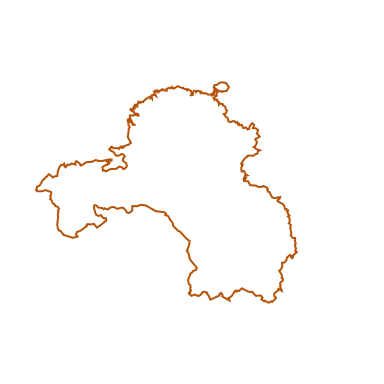 China, Albers equal-area conic projection, rotated 215°
{"feature_id": "CHN", "entity_name": "China", "entity_type": "country or territory", "adm_level": 0, "iso_a3": "CHN", "parent_name": "Asia", "parent_adm1": "", "projection": "albers", "projection_center": [106.815, 35.887], "detail": "fine", "context": "isolated", "style": "outline", "palette": "amber", "viewbox_px": 384, "rotation_deg": 215, "n_neighbors": 0, "source": "natural_earth", "source_scale": "50m", "svg_char_len": 6093}
<svg xmlns="http://www.w3.org/2000/svg" viewBox="0 0 384 384"><g transform="rotate(215 192 192)"><path d="M217.4,281.6L216.2,280.7L213.9,281.0L211.8,279.2L210.1,278.8L209.4,275.7L210.7,274.1L207.2,272.9L205.5,273.2L202.4,270.6L200.1,271.8L199.1,273.7L197.4,274.4L196.1,273.8L194.9,275.3L193.2,273.8L192.5,274.9L191.4,273.8L189.6,275.6L186.8,273.7L184.8,275.9L182.5,275.1L181.4,276.4L182.5,279.0L182.2,283.0L179.5,282.6L178.8,279.3L176.0,280.8L173.4,280.6L172.4,277.2L168.3,276.2L170.5,271.5L167.1,269.9L166.4,265.5L167.3,264.3L163.9,264.1L160.3,265.0L161.3,263.2L160.5,260.7L161.8,259.3L162.4,257.1L167.2,253.8L166.8,252.5L167.5,251.9L168.1,248.8L168.0,243.5L167.0,242.9L166.2,243.5L165.4,239.9L163.4,237.5L162.7,237.4L161.5,239.0L157.9,237.2L156.2,237.3L157.9,235.4L157.4,233.5L155.8,234.2L155.8,233.2L157.1,232.3L155.6,230.9L152.0,233.0L148.3,230.9L143.4,233.9L140.7,234.1L137.1,236.9L137.1,237.8L133.3,238.6L131.6,238.1L131.8,237.1L130.0,235.9L128.6,236.4L123.1,233.5L120.7,234.5L116.9,238.4L116.4,237.0L117.2,234.2L116.4,233.5L110.9,234.2L108.5,233.6L106.1,231.4L104.8,232.3L103.6,230.9L102.7,231.9L101.5,229.4L98.7,228.6L99.3,227.0L97.4,226.7L95.0,224.0L94.8,222.0L92.1,221.6L90.6,218.6L86.6,214.8L86.1,213.0L83.0,212.2L81.1,213.5L79.5,210.8L77.4,209.2L77.5,207.8L74.3,205.2L73.5,202.8L71.6,202.9L72.6,199.1L71.9,195.3L73.5,195.3L74.2,197.0L75.8,196.5L76.6,192.5L75.5,190.1L76.0,187.0L77.7,185.6L75.1,182.6L74.9,178.8L75.4,177.5L71.2,175.7L69.4,174.1L69.3,173.0L67.5,172.9L66.7,171.2L67.6,169.3L67.5,167.6L65.8,166.4L65.8,165.3L61.9,162.6L65.7,162.2L65.1,160.6L66.4,155.9L64.5,153.6L63.2,153.9L62.3,153.2L63.3,148.1L64.7,147.7L64.8,146.4L66.0,145.2L70.1,144.7L70.4,143.8L73.7,144.0L73.7,146.0L76.5,146.6L80.2,143.5L85.5,144.8L87.0,143.3L88.9,142.7L96.0,141.6L96.7,137.9L98.6,137.1L98.3,135.9L100.1,135.7L99.8,129.7L100.5,127.1L101.3,126.3L99.1,124.6L107.2,123.8L107.9,125.2L110.2,126.0L111.0,124.3L110.1,123.0L115.2,114.4L118.8,116.6L121.4,117.2L121.7,118.2L124.8,117.4L125.7,116.4L126.0,112.4L127.2,110.3L130.8,109.7L132.8,106.7L136.4,107.0L136.5,108.0L135.8,108.6L136.9,109.8L136.4,110.7L138.3,112.1L138.4,113.1L140.0,114.7L141.7,114.8L144.7,117.5L146.5,124.5L145.7,126.2L145.9,127.7L144.0,130.5L144.5,132.6L155.3,135.7L159.8,139.9L162.4,140.7L162.2,142.1L163.0,142.7L163.9,146.9L165.8,150.5L169.4,150.5L179.0,152.7L181.3,152.2L187.8,153.4L190.6,155.9L194.5,156.9L197.3,158.6L200.8,157.9L200.7,159.2L202.8,159.7L210.7,155.5L221.9,154.5L226.4,152.3L228.9,148.8L232.8,146.3L230.3,142.5L231.1,139.6L232.2,138.1L234.4,138.1L235.7,139.0L239.4,139.6L241.4,138.1L243.2,135.5L247.8,134.7L249.8,132.8L251.0,129.3L254.1,128.6L254.4,127.2L255.7,127.5L260.0,125.5L262.1,126.1L264.2,125.5L264.2,124.4L263.2,122.7L257.7,118.4L254.8,118.7L253.3,120.9L250.8,119.8L248.7,120.1L247.5,121.2L246.3,120.2L245.8,118.7L246.7,117.9L246.7,116.0L249.4,108.3L254.2,109.6L256.2,107.4L259.2,105.7L259.4,104.4L258.6,103.8L261.1,96.4L263.3,93.1L262.6,90.5L260.2,89.9L263.2,86.2L272.5,83.2L277.3,84.7L278.2,84.2L280.5,84.7L283.8,88.1L287.4,94.9L289.3,96.9L289.8,98.9L291.0,99.5L291.3,101.9L293.3,102.9L296.0,102.1L297.7,103.1L299.3,102.7L302.7,104.9L304.1,104.8L304.4,106.3L305.8,107.5L306.0,109.5L307.5,111.1L313.2,109.5L315.2,106.6L319.2,103.8L320.8,104.1L320.8,105.5L322.1,107.1L320.5,110.1L321.0,116.5L320.2,119.1L320.3,120.8L319.5,121.7L319.7,123.9L319.2,124.7L314.3,124.1L313.2,126.5L311.5,127.8L313.8,132.0L314.8,136.1L314.7,139.1L312.3,140.8L313.0,141.3L313.0,141.9L311.5,140.9L311.2,140.0L309.7,139.7L309.6,143.2L308.0,143.8L306.8,146.4L303.2,147.5L304.7,149.6L304.4,151.0L300.0,151.0L298.7,149.8L297.8,150.3L295.6,155.8L291.3,159.4L289.1,163.1L286.4,163.8L283.1,166.1L279.8,170.0L278.4,170.5L278.4,171.4L276.4,172.5L275.9,171.4L278.4,169.9L278.0,169.3L278.7,168.1L276.3,168.5L276.1,167.5L277.1,166.8L277.0,165.6L278.1,164.7L279.7,161.1L277.3,158.5L277.0,159.4L274.5,159.4L272.0,163.9L267.5,167.4L266.1,171.1L263.1,172.2L261.8,171.3L260.7,172.0L260.0,174.8L260.6,176.4L262.4,177.7L266.8,178.1L267.7,180.0L267.4,182.4L269.1,183.3L271.2,183.0L273.1,179.5L275.2,178.2L279.7,179.9L281.5,179.2L284.4,179.5L283.7,181.7L284.2,182.4L283.5,183.2L281.5,182.7L277.7,185.4L276.6,185.5L277.1,186.6L276.3,186.9L276.2,188.6L275.1,189.3L274.6,188.2L274.0,188.5L273.6,189.0L274.6,189.7L271.1,194.4L270.2,197.3L276.0,200.1L279.9,207.3L280.2,209.5L282.8,210.6L283.5,212.1L285.6,213.4L286.0,214.5L285.5,214.6L283.3,214.0L281.4,214.2L279.0,213.1L276.7,214.4L280.1,213.7L280.5,214.6L285.3,217.0L286.4,218.4L286.8,219.3L284.6,220.4L282.3,223.1L280.1,223.5L278.9,224.5L280.4,224.0L281.2,224.9L284.2,223.4L286.6,225.0L288.8,225.4L286.2,228.2L288.0,227.0L288.5,227.8L288.6,229.9L287.5,229.4L286.2,230.3L287.5,231.2L286.8,231.4L287.5,231.8L286.8,233.2L287.8,235.2L286.1,235.9L285.4,235.4L284.6,237.2L283.6,237.6L284.1,238.2L283.1,240.3L283.3,241.2L281.0,246.3L280.2,246.6L279.7,245.2L279.2,246.0L278.5,245.7L280.4,248.2L278.4,250.2L276.6,250.0L277.8,250.9L279.3,250.4L279.8,254.0L277.3,254.0L278.1,255.2L276.4,255.5L276.3,257.3L274.9,258.0L275.1,259.3L272.1,259.6L270.8,260.6L272.1,261.9L270.1,264.6L269.2,264.6L268.8,266.2L268.3,265.5L267.3,266.4L266.3,266.1L264.3,270.5L259.8,271.5L259.0,272.3L257.3,271.9L255.5,273.3L254.3,272.5L253.9,273.9L250.9,274.2L248.6,272.3L248.5,270.7L247.9,270.9L247.0,272.1L248.3,273.9L248.5,276.1L246.3,277.2L245.9,276.4L245.3,278.2L243.3,279.1L241.9,278.0L241.7,279.4L239.6,278.9L237.8,280.7L234.5,281.1L232.1,283.0L231.2,282.3L229.8,284.7L231.0,285.3L230.8,286.3L231.9,287.1L231.0,288.5L228.4,288.2L228.8,287.6L227.0,284.9L228.4,281.5L226.4,280.3L226.3,281.3L224.0,282.0L223.8,281.0L221.9,280.8L220.2,279.2L220.4,280.8L219.4,280.5L217.4,281.6ZM234.2,290.1L235.0,292.1L232.9,294.3L231.9,297.6L229.8,299.4L226.6,300.8L221.9,299.1L221.6,294.6L225.0,291.8L224.4,291.8L224.9,291.1L230.1,289.9L232.5,290.3L232.8,289.3L234.2,290.1ZM286.2,215.8L284.4,215.7L282.7,214.4L283.9,214.5L286.2,215.8ZM289.7,224.7L288.3,224.6L287.9,223.8L289.6,224.0L289.7,224.7ZM280.8,252.7L280.1,253.7L280.1,252.5L280.8,252.7ZM230.5,284.3L231.8,283.8L231.8,284.5L230.5,284.3Z" fill="none" stroke="#b45309" stroke-width="2"/></g></svg>